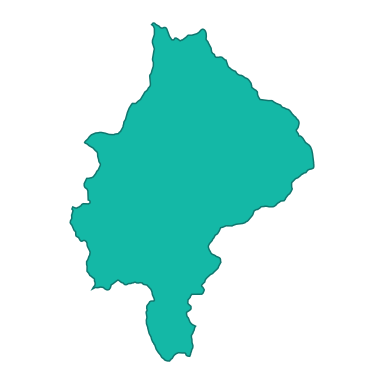 the district of Coto Brus, Puntarenas, Costa Rica
{"feature_id": "36466004B67962139153797", "entity_name": "Coto Brus", "entity_type": "district", "adm_level": 2, "iso_a3": "CRI", "parent_name": "Costa Rica", "parent_adm1": "Puntarenas", "projection": "equal_earth", "projection_center": [-82.934, 8.894], "detail": "fine", "context": "isolated", "style": "filled", "palette": "teal", "viewbox_px": 384, "rotation_deg": 0, "n_neighbors": 0, "source": "geoboundaries", "source_scale": "gbopen_adm2", "svg_char_len": 5914}
<svg xmlns="http://www.w3.org/2000/svg" viewBox="0 0 384 384"><path d="M92.4,289.0L95.2,287.5L97.2,287.7L99.0,287.5L99.9,287.1L101.1,287.1L103.4,287.5L104.6,288.7L106.4,289.7L107.8,289.9L108.7,289.6L109.2,289.4L110.4,287.7L111.2,284.8L112.9,283.8L117.7,280.1L118.7,280.3L121.3,282.4L123.3,283.1L124.4,284.4L125.5,284.7L126.7,284.6L128.5,283.6L130.9,283.5L131.8,283.0L133.4,282.8L134.5,282.2L135.4,282.2L136.7,282.9L138.5,283.0L140.1,282.6L142.3,283.0L142.9,283.9L143.7,284.4L146.9,285.0L150.9,289.3L152.0,291.9L152.4,294.7L154.1,298.5L154.4,300.2L153.8,301.0L151.0,301.1L149.7,301.8L148.8,303.4L147.1,305.5L146.8,306.3L146.7,308.4L147.1,309.8L147.1,310.7L146.6,311.1L146.2,312.0L146.2,313.0L146.9,316.9L146.9,317.7L146.3,320.1L146.5,323.8L147.7,327.2L147.8,328.1L149.2,333.6L151.0,336.9L151.6,339.3L152.7,341.9L153.5,342.8L154.0,344.1L154.8,345.0L156.2,349.2L158.4,352.6L160.4,354.9L161.6,357.1L162.5,358.0L163.6,358.6L164.3,359.6L164.8,360.0L165.6,360.4L167.3,360.9L169.6,361.0L170.2,360.1L170.7,359.8L171.1,359.1L172.2,358.4L173.6,356.0L174.4,355.0L176.5,353.5L178.5,352.7L183.0,353.0L184.7,352.9L185.7,353.6L186.0,354.8L186.6,355.5L187.9,356.1L189.7,356.3L190.5,354.4L190.8,352.6L191.2,352.0L191.8,349.6L192.7,348.0L192.9,346.4L192.9,345.5L192.0,342.5L191.9,339.4L191.4,337.2L191.4,335.4L192.9,333.0L193.3,331.6L194.0,330.5L194.7,327.5L195.6,326.2L192.4,324.6L191.1,323.5L189.9,321.9L188.3,317.9L187.2,316.7L186.7,315.2L186.5,313.2L186.6,312.3L189.5,310.4L190.6,309.5L191.0,308.8L191.0,306.8L190.9,306.3L188.4,304.1L187.8,303.2L188.0,299.9L190.2,297.3L190.6,295.9L191.8,294.3L201.8,294.2L203.0,293.1L204.1,290.5L204.2,289.7L202.9,287.4L201.7,286.3L201.6,285.6L201.8,285.0L202.5,284.1L204.8,281.9L205.0,280.6L205.7,279.2L207.1,277.6L210.5,274.5L212.6,273.5L214.1,271.9L217.2,269.0L218.2,267.8L218.6,266.4L220.9,262.1L220.6,261.5L220.5,259.6L220.2,258.6L219.6,257.9L218.3,257.2L216.0,256.3L215.4,255.7L213.9,254.9L212.3,254.3L210.9,253.0L210.3,251.6L209.1,249.6L208.4,247.5L208.3,246.0L209.5,243.6L212.1,240.6L212.7,239.2L213.7,238.1L215.2,235.2L217.2,234.0L217.6,233.6L219.3,230.8L220.6,227.7L222.8,227.2L226.0,225.8L232.1,225.9L233.2,225.3L236.4,224.2L242.5,223.5L245.0,222.7L245.5,222.1L247.3,221.2L248.2,220.4L251.9,216.0L252.8,214.7L253.6,212.2L254.2,210.8L256.0,209.7L257.9,209.4L258.3,208.9L259.5,208.3L261.2,206.7L264.2,206.5L264.8,206.2L266.9,206.3L269.1,206.8L272.4,206.8L273.7,206.6L275.9,205.2L276.4,204.4L278.1,202.9L279.5,202.1L280.7,201.1L284.1,200.7L285.4,199.0L285.7,198.0L287.4,195.8L288.3,194.7L289.7,193.7L291.1,191.4L292.1,189.3L292.2,188.8L291.8,187.6L291.6,186.2L291.6,183.6L291.7,182.6L295.6,178.6L297.8,177.8L300.4,175.7L301.6,174.4L302.8,174.0L303.1,173.5L304.2,173.0L305.9,172.6L307.6,170.3L309.2,169.4L311.7,168.9L313.4,168.0L313.8,166.9L313.8,164.6L313.5,163.7L313.7,163.2L312.5,153.6L311.8,150.2L310.6,147.1L309.3,145.3L305.5,142.5L302.9,138.3L301.5,136.8L300.3,136.0L299.0,136.0L298.2,133.6L296.4,131.0L296.3,129.8L297.4,128.6L298.2,127.1L299.0,123.7L299.0,122.6L298.7,121.2L297.6,119.5L296.9,119.1L295.6,117.1L294.2,116.1L293.2,114.9L292.6,114.5L290.2,111.1L288.6,109.6L286.2,108.9L284.4,107.9L282.8,107.5L281.7,106.7L280.6,105.1L276.1,103.3L273.9,102.0L272.5,100.9L271.6,100.6L268.4,100.6L260.0,99.5L258.2,96.5L257.5,94.4L257.4,92.1L257.2,91.7L255.8,90.2L254.6,89.6L251.8,87.4L251.6,85.7L251.0,83.2L249.1,80.4L247.9,79.1L246.6,78.3L245.4,78.0L242.7,76.0L241.1,75.3L239.7,75.3L237.8,74.3L236.7,73.3L235.5,71.3L233.7,70.7L231.5,69.5L230.0,68.1L228.7,67.2L227.8,65.6L226.0,60.1L225.0,59.9L222.0,57.3L220.8,57.0L219.8,57.0L218.9,57.3L216.1,57.3L215.4,56.9L214.8,56.0L214.4,54.5L212.6,53.3L211.7,52.0L211.3,49.9L211.1,48.2L208.2,42.7L208.1,42.1L206.1,39.6L206.1,37.9L206.3,36.9L206.3,35.8L206.1,33.2L205.4,31.2L204.5,30.0L203.4,29.3L202.3,29.2L201.0,30.0L198.9,32.4L196.9,33.7L191.9,35.2L188.3,35.2L187.6,35.6L186.6,36.8L182.4,40.0L181.7,40.0L180.5,40.7L179.9,40.7L178.1,39.2L176.2,38.1L175.0,38.1L173.7,39.9L172.2,39.9L171.8,39.8L169.5,36.3L166.8,29.0L165.9,27.8L165.1,27.5L163.9,27.5L162.6,28.1L161.2,28.0L160.1,27.4L159.2,26.3L155.6,24.3L154.8,23.4L153.9,23.0L153.0,23.1L151.6,24.7L152.7,25.4L153.4,26.2L154.3,28.2L154.4,29.2L154.4,34.5L152.5,40.2L152.4,42.2L152.5,43.0L154.3,48.6L154.3,49.3L153.9,50.9L152.5,59.1L152.6,60.2L153.4,62.5L153.3,66.3L151.8,70.9L151.5,72.4L150.8,74.0L150.1,74.7L149.7,75.9L150.4,83.5L150.4,85.2L150.1,85.9L149.5,86.9L148.5,87.8L147.7,89.4L146.8,90.6L144.8,92.1L143.0,95.4L142.9,95.4L140.5,99.5L138.0,101.3L136.0,103.3L135.2,103.5L132.4,103.4L131.6,104.3L129.2,108.1L127.4,112.5L125.5,119.5L124.0,121.8L123.8,122.8L123.7,123.9L123.2,125.5L123.1,126.8L120.5,131.5L119.2,132.4L118.5,133.6L114.9,134.1L114.2,134.6L112.0,134.6L108.9,134.4L105.2,133.2L101.1,132.4L99.8,132.4L98.1,132.8L95.6,133.0L91.4,134.8L89.5,136.6L87.8,139.0L85.4,141.2L84.6,142.4L84.6,142.6L85.2,143.1L87.2,144.0L89.1,145.7L93.1,148.0L94.9,150.1L97.2,152.2L97.6,153.5L97.7,156.1L98.1,157.8L98.6,159.4L98.8,161.0L99.2,162.1L100.3,163.7L100.4,165.0L98.3,169.8L96.8,171.3L95.8,173.5L93.3,176.8L91.4,177.8L90.4,177.9L89.0,178.3L86.7,178.4L84.2,183.6L84.2,185.7L84.6,186.9L85.3,187.8L86.8,188.8L87.5,190.0L87.9,190.9L88.2,200.0L89.1,200.3L89.8,200.9L90.1,201.8L90.0,202.9L88.5,203.9L83.2,203.7L81.9,204.4L81.1,205.4L80.8,206.0L79.9,206.3L79.4,206.9L78.3,207.2L76.8,208.1L75.0,207.9L72.8,206.9L72.0,208.7L72.0,209.3L72.9,210.3L73.0,210.7L71.8,214.9L71.6,215.1L71.8,218.3L71.2,219.7L70.6,220.4L70.2,222.6L70.6,223.6L71.9,225.2L74.0,230.1L74.4,230.7L75.6,231.6L75.8,235.1L76.2,236.2L78.6,237.6L80.1,240.3L81.1,241.2L82.0,241.2L83.3,240.5L84.8,240.5L86.2,241.5L87.0,243.1L87.1,245.0L87.5,246.5L89.7,250.9L90.1,252.3L89.7,255.1L88.9,256.5L87.9,259.5L86.6,261.6L86.6,264.5L87.1,266.1L87.0,271.0L87.1,271.4L88.6,273.1L89.9,275.5L91.4,276.4L92.5,277.5L94.0,278.4L94.4,278.9L94.5,281.1L95.0,282.2L95.2,284.1L94.7,285.6L93.6,286.9L92.4,289.0Z" fill="#14b8a6" stroke="#0f766e" stroke-width="1.5"/></svg>